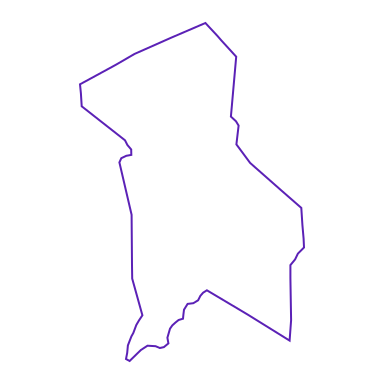 outline of Padre Marcos, Piauí, Brazil
{"feature_id": "56859067B96741348812149", "entity_name": "Padre Marcos", "entity_type": "district", "adm_level": 2, "iso_a3": "BRA", "parent_name": "Brazil", "parent_adm1": "Piauí", "projection": "robinson", "projection_center": [-40.885, -7.38], "detail": "fine", "context": "isolated", "style": "outline", "palette": "violet", "viewbox_px": 384, "rotation_deg": 0, "n_neighbors": 0, "source": "geoboundaries", "source_scale": "gbopen_adm2", "svg_char_len": 1000}
<svg xmlns="http://www.w3.org/2000/svg" viewBox="0 0 384 384"><path d="M205.4,23.0L171.4,37.6L134.6,53.9L116.0,64.7L80.0,84.3L80.9,93.3L81.7,106.3L125.0,140.3L127.4,145.0L131.2,149.5L131.3,154.9L126.3,155.8L121.3,158.2L119.4,162.4L131.6,214.8L132.0,265.1L132.2,278.6L142.4,315.3L139.0,320.4L136.3,325.0L133.3,333.0L131.4,336.4L127.9,345.4L127.2,352.9L126.0,359.0L129.6,361.0L138.1,352.7L140.9,350.0L147.5,345.7L155.6,346.2L159.8,348.0L163.9,347.1L168.4,343.4L167.4,337.7L170.0,328.7L172.3,325.4L175.5,322.5L178.6,320.0L183.0,318.7L183.4,314.6L184.0,309.7L187.6,303.9L193.3,303.2L198.1,300.3L200.4,295.8L203.1,292.7L206.9,290.3L247.9,314.7L289.6,340.6L291.1,320.2L290.4,278.0L290.4,270.1L290.4,265.1L295.1,259.4L297.9,253.6L304.0,247.5L303.6,238.7L302.4,224.9L301.3,207.9L280.8,190.0L255.4,167.6L250.1,162.9L243.3,153.7L236.4,144.4L238.6,125.6L236.0,121.3L230.9,116.6L231.7,107.6L236.2,56.7L221.4,40.5L217.5,36.0L213.6,31.8L209.4,27.3L205.4,23.0Z" fill="none" stroke="#5b21b6" stroke-width="2"/></svg>